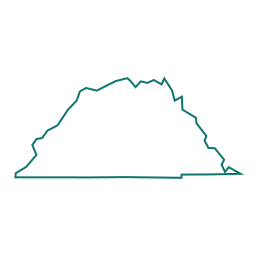 the district of Clay, North Carolina, United States of America
{"feature_id": "52423323B90263119803595", "entity_name": "Clay", "entity_type": "district", "adm_level": 2, "iso_a3": "USA", "parent_name": "United States of America", "parent_adm1": "North Carolina", "projection": "equal_earth", "projection_center": [-83.73, 35.074], "detail": "fine", "context": "isolated", "style": "outline", "palette": "teal", "viewbox_px": 256, "rotation_deg": 0, "n_neighbors": 0, "source": "geoboundaries", "source_scale": "gbopen_adm2", "svg_char_len": 637}
<svg xmlns="http://www.w3.org/2000/svg" viewBox="0 0 256 256"><path d="M212.0,174.4L240.6,173.8L228.7,167.2L225.1,172.0L221.6,164.8L224.1,159.7L214.7,148.2L208.5,148.0L204.5,140.6L206.4,136.1L196.5,123.3L195.9,117.8L182.4,109.6L181.9,96.7L174.7,100.6L172.1,90.5L164.3,78.5L161.6,84.4L153.8,80.0L147.4,82.9L140.8,81.4L135.5,87.1L130.6,81.0L127.2,78.2L115.6,81.1L96.8,90.6L86.1,88.0L80.0,91.3L76.6,100.7L68.1,109.5L57.6,125.3L47.6,130.5L42.0,138.1L36.5,139.0L32.3,145.0L36.4,154.9L26.3,166.8L15.7,173.3L15.4,177.3L45.0,177.3L90.5,177.4L125.5,177.1L181.5,177.8L181.5,174.6L212.0,174.4Z" fill="none" stroke="#0f766e" stroke-width="2"/></svg>